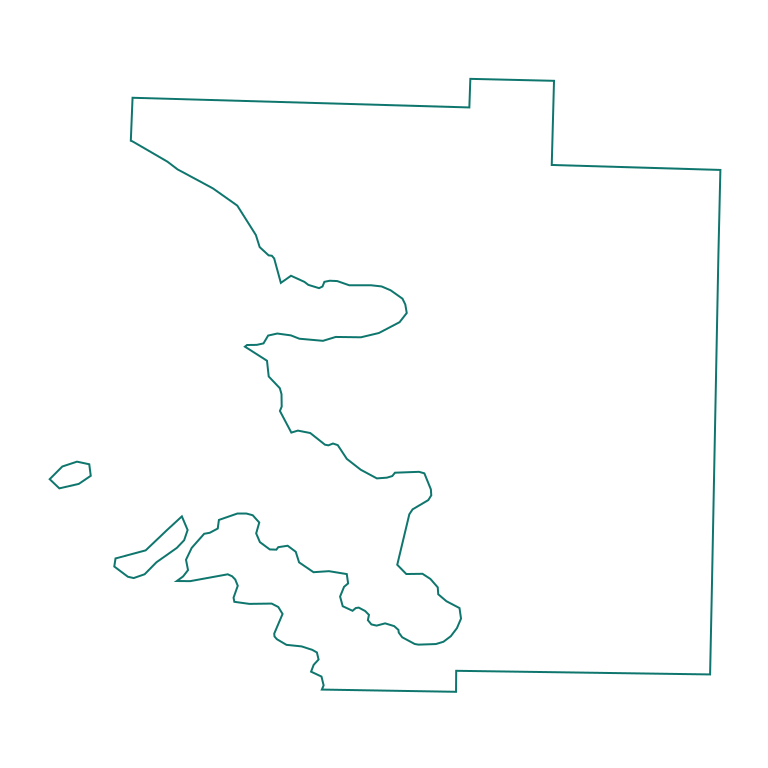 Delta, Michigan, United States of America, rotated 91°
{"feature_id": "52423323B33071012110006", "entity_name": "Delta", "entity_type": "district", "adm_level": 2, "iso_a3": "USA", "parent_name": "United States of America", "parent_adm1": "Michigan", "projection": "albers", "projection_center": [-86.773, 45.817], "detail": "fine", "context": "isolated", "style": "outline", "palette": "teal", "viewbox_px": 768, "rotation_deg": 91, "n_neighbors": 0, "source": "geoboundaries", "source_scale": "gbopen_adm2", "svg_char_len": 2309}
<svg xmlns="http://www.w3.org/2000/svg" viewBox="0 0 768 768"><g transform="rotate(91 384 384)"><path d="M145.2,641.4L145.7,639.9L165.5,604.4L173.0,594.2L191.4,558.5L208.2,533.8L237.3,514.7L249.3,510.7L257.4,501.6L257.7,498.4L260.4,496.0L284.7,488.9L277.4,478.9L283.3,465.3L286.2,461.4L289.3,450.6L287.6,447.2L282.9,445.4L281.7,440.1L281.9,432.6L285.9,420.4L285.5,398.7L286.5,388.1L290.2,379.0L298.4,367.0L304.1,364.1L312.6,362.5L321.9,369.5L333.1,390.0L337.7,407.9L337.8,433.1L341.9,445.8L340.2,469.4L337.0,478.0L335.4,491.6L337.6,500.7L345.5,505.2L347.1,511.9L347.4,521.6L349.1,523.7L362.8,501.4L378.5,499.4L390.0,488.1L395.9,486.3L408.4,485.9L412.8,487.6L434.2,475.8L432.1,469.3L434.3,456.9L445.7,442.0L446.3,438.5L444.4,434.0L445.9,429.2L459.5,419.9L470.1,405.8L478.5,389.5L477.6,379.5L475.9,374.1L472.5,371.5L471.2,347.5L472.6,342.1L488.5,335.3L494.5,334.8L499.3,337.7L508.8,353.2L513.8,356.4L564.5,367.6L573.6,358.4L573.1,342.2L578.1,334.2L586.4,326.7L593.3,326.1L600.1,317.8L606.7,304.6L617.2,302.9L626.8,306.8L635.0,312.8L640.7,320.1L643.1,327.6L644.0,345.0L643.4,348.8L636.9,361.4L632.3,364.9L629.6,365.3L625.9,369.6L623.3,378.7L625.7,387.2L624.6,392.4L620.4,396.0L615.1,395.0L611.3,398.9L608.0,405.4L608.5,408.3L611.3,411.5L606.9,421.4L597.3,424.2L587.5,420.4L584.0,416.4L574.7,417.9L572.1,435.8L573.4,451.2L563.8,465.8L553.3,469.3L547.4,477.5L549.0,486.9L551.5,488.7L551.4,495.3L544.3,505.3L535.6,509.2L524.7,506.3L517.5,513.0L515.9,519.4L516.1,528.4L522.8,546.7L531.4,547.7L535.8,555.6L536.9,561.2L551.2,573.4L563.2,578.9L573.5,576.7L579.9,581.5L584.6,587.7L584.5,574.4L577.0,536.9L578.9,532.5L582.1,529.3L588.3,526.7L600.3,530.7L604.4,529.8L606.2,514.8L605.5,492.5L608.8,485.8L615.7,481.4L635.5,489.4L638.3,489.1L641.0,486.7L646.5,477.0L647.8,461.8L651.1,451.0L653.6,446.4L660.6,444.6L666.0,449.4L672.9,451.9L677.6,441.4L686.4,439.1L690.6,440.8L690.5,306.6L669.5,306.8L668.7,52.9L584.4,52.6L248.3,51.9L164.1,51.4L162.1,220.1L77.9,219.3L77.4,303.0L106.0,303.5L102.2,640.4L145.2,641.4ZM533.4,577.8L519.9,583.8L533.9,598.5L554.5,619.4L563.1,649.4L571.2,650.5L581.2,636.7L582.4,630.9L578.4,620.0L566.2,608.4L551.5,588.3L543.7,581.1L533.4,577.8ZM469.4,677.3L467.0,689.6L472.1,704.2L485.0,716.6L494.0,706.8L489.2,687.4L480.9,675.6L469.4,677.3Z" fill="none" stroke="#0f766e" stroke-width="2"/></g></svg>